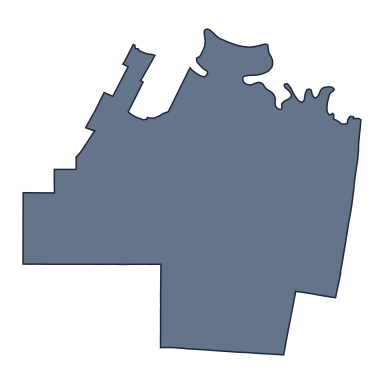 outline of Albesti, Ialomita, Romania
{"feature_id": "2599482B37276216351918", "entity_name": "Albesti", "entity_type": "district", "adm_level": 2, "iso_a3": "ROU", "parent_name": "Romania", "parent_adm1": "Ialomita", "projection": "natural_earth1", "projection_center": [27.12, 44.529], "detail": "fine", "context": "isolated", "style": "filled", "palette": "slate", "viewbox_px": 384, "rotation_deg": 0, "n_neighbors": 0, "source": "geoboundaries", "source_scale": "gbopen_adm2", "svg_char_len": 5426}
<svg xmlns="http://www.w3.org/2000/svg" viewBox="0 0 384 384"><path d="M335.5,297.7L337.5,288.1L338.1,285.5L340.7,273.3L340.2,273.2L341.0,269.3L341.9,264.1L343.2,256.7L347.3,231.4L348.6,223.2L349.3,219.3L350.4,213.3L351.4,207.3L351.9,204.3L352.7,197.6L353.4,192.6L354.0,187.6L353.8,187.5L354.5,181.4L355.3,175.3L356.4,167.9L357.5,160.6L358.5,150.5L358.5,147.1L358.6,143.3L360.0,129.9L360.3,127.0L360.5,124.5L360.5,123.6L360.6,122.8L360.7,121.8L361.0,119.9L360.6,119.6L360.1,119.4L359.2,118.8L358.2,118.4L357.3,118.4L356.2,118.6L355.0,118.3L354.4,118.3L353.5,118.8L353.3,116.7L352.4,116.7L351.7,116.6L351.2,116.5L350.8,116.4L350.5,116.3L350.4,116.4L349.9,116.6L349.3,117.1L349.1,117.7L348.9,118.3L348.1,119.3L347.8,119.8L347.7,120.4L347.7,121.2L347.7,122.0L347.4,122.6L347.2,123.0L346.5,123.5L345.4,124.0L344.2,124.2L341.9,124.0L341.0,123.7L340.1,123.0L339.3,122.2L339.1,121.9L338.5,121.6L338.0,121.3L336.4,120.2L335.5,120.0L334.7,119.6L333.6,118.6L333.8,114.7L333.7,114.3L332.4,113.4L332.2,113.7L330.8,114.7L329.2,114.6L327.9,113.4L327.2,111.9L326.9,109.2L327.0,106.5L327.3,103.3L327.9,100.4L329.5,94.5L330.6,92.8L332.8,91.2L333.8,90.2L334.2,89.6L333.8,88.7L332.7,87.7L331.3,87.1L330.2,86.9L329.1,86.8L327.8,86.9L326.0,87.2L324.8,87.3L323.7,87.6L322.6,88.2L321.5,89.2L320.7,90.2L320.2,91.2L318.8,94.7L318.2,95.7L317.5,96.6L316.6,97.4L315.2,97.9L313.8,97.1L313.0,96.1L312.5,94.9L311.8,93.0L311.5,91.2L311.2,90.2L310.7,89.6L310.0,89.3L308.8,89.2L307.6,89.4L306.8,89.9L306.5,90.7L305.8,92.2L305.1,94.2L304.7,97.0L304.6,98.0L304.4,99.1L304.1,100.3L303.5,101.0L303.0,101.6L302.3,102.0L301.6,102.1L300.7,102.0L299.2,101.2L298.2,100.3L297.3,99.3L295.1,96.2L294.1,94.6L293.3,93.1L291.6,89.7L290.7,87.9L289.8,86.8L288.7,85.2L287.5,83.9L286.5,83.7L285.0,84.0L284.2,84.8L284.3,85.9L284.8,87.0L285.6,88.0L287.0,89.1L289.1,91.1L290.7,93.1L291.4,94.4L291.4,95.7L291.0,96.7L289.9,98.2L289.3,98.6L287.2,99.7L285.7,100.4L284.5,101.1L282.3,103.0L281.7,104.2L281.8,108.1L281.6,109.0L280.9,109.5L279.9,109.4L278.0,109.0L277.0,108.0L275.9,106.7L275.4,105.6L275.1,103.9L275.1,101.7L275.4,100.3L275.3,98.9L275.0,97.8L274.6,96.3L274.1,95.2L273.0,93.7L272.1,92.7L270.8,91.7L269.3,90.9L266.1,88.7L265.4,87.7L264.2,86.3L263.6,85.1L262.8,84.1L261.9,83.4L260.7,82.8L258.4,82.4L254.5,83.5L252.1,84.6L250.4,84.9L248.9,84.9L247.2,84.5L246.0,84.0L244.8,83.1L243.4,81.6L243.0,80.5L242.8,79.1L242.8,77.9L243.2,77.0L244.0,76.4L244.9,76.0L248.2,75.5L252.4,75.2L254.3,75.2L256.7,75.0L258.7,74.7L262.9,73.7L264.7,72.8L267.3,71.7L268.5,70.9L270.3,69.0L270.7,68.3L271.4,67.7L271.8,67.1L272.0,66.5L272.3,65.7L272.6,64.6L272.5,63.7L272.6,62.7L272.6,61.8L272.5,60.4L271.9,58.6L270.7,56.0L269.7,54.4L269.0,52.8L268.2,48.8L267.9,45.7L267.8,45.0L267.2,44.5L266.3,44.3L265.4,44.2L263.7,44.4L261.7,44.9L259.7,45.5L254.4,46.6L252.7,46.8L250.8,47.1L249.0,47.2L245.1,46.8L241.7,46.3L237.5,45.4L234.4,44.4L233.1,43.9L230.1,42.9L228.7,42.4L224.6,40.6L222.2,39.5L220.4,38.9L219.2,38.2L217.0,36.7L214.0,33.7L212.6,32.4L211.1,31.1L209.4,29.8L207.7,29.1L206.6,29.2L205.6,29.6L204.8,30.1L204.4,31.0L204.2,32.4L204.4,35.0L205.3,41.3L205.0,43.0L204.9,44.6L204.6,46.6L204.0,48.0L203.3,49.5L201.6,53.2L200.6,55.3L199.7,56.3L198.7,57.2L197.7,57.5L196.7,58.1L196.5,58.9L196.6,60.0L197.0,61.4L197.4,62.2L198.0,63.1L199.1,64.4L199.8,65.2L201.5,67.0L202.9,68.4L204.2,69.4L205.8,70.2L206.6,70.8L207.3,71.6L207.5,72.2L207.6,73.3L207.1,74.2L206.5,75.0L205.8,76.0L204.6,76.7L203.3,76.7L201.0,76.0L197.3,74.1L195.5,72.8L191.9,70.0L190.0,67.8L189.4,69.0L188.6,70.6L185.7,76.4L173.3,101.7L169.1,110.1L168.4,111.7L162.9,113.6L159.5,115.9L155.2,117.6L153.5,118.1L151.2,118.2L147.5,117.5L146.9,119.3L146.3,119.1L143.8,119.9L137.3,117.7L134.7,116.4L133.6,115.8L129.6,113.2L128.2,111.8L138.7,90.9L143.1,82.0L140.6,80.7L149.0,66.2L154.9,55.3L151.3,54.4L149.0,54.2L144.4,53.0L141.5,51.7L140.2,51.2L139.0,50.4L138.2,49.1L138.2,48.9L136.5,48.8L136.1,48.5L135.3,48.3L135.2,47.6L135.0,46.7L134.9,46.0L134.9,45.2L134.6,45.2L133.6,44.7L133.2,44.6L133.0,45.2L132.6,45.9L132.1,46.8L131.2,48.7L130.8,49.3L128.2,54.5L126.0,58.7L123.4,63.5L122.8,64.1L123.0,64.2L128.2,66.6L128.0,66.9L116.9,88.4L112.8,96.3L104.1,92.6L96.8,107.3L95.1,110.8L85.6,127.7L90.3,129.5L94.6,130.9L87.6,141.6L80.6,152.2L76.0,157.3L76.3,157.7L76.1,169.4L54.4,169.4L54.3,173.0L54.3,181.5L54.5,192.9L44.6,192.9L23.2,192.7L23.1,223.4L23.1,229.9L23.0,264.0L27.1,264.1L32.2,264.1L39.4,264.1L45.5,264.2L49.8,264.2L51.7,264.2L54.7,264.2L61.7,264.2L74.7,264.2L82.8,264.2L91.0,264.2L101.0,264.3L111.1,264.2L116.7,264.3L122.5,264.4L132.5,264.3L143.8,264.2L151.5,264.3L160.9,264.3L160.9,269.8L160.8,277.1L160.7,284.3L160.7,287.9L160.6,293.2L160.6,300.9L160.7,305.5L160.6,310.5L160.5,311.9L160.6,313.4L160.6,317.5L160.6,322.2L160.6,324.0L160.6,331.0L160.5,337.9L160.5,339.2L160.5,341.1L160.6,344.0L160.6,346.1L160.6,346.3L160.5,347.6L162.7,347.6L168.1,347.5L174.3,347.6L178.4,348.0L183.8,348.4L187.4,348.8L191.2,349.0L195.1,349.2L201.7,349.6L203.7,349.7L206.8,350.0L207.0,350.0L207.7,350.0L213.9,350.5L217.7,350.8L218.1,350.8L222.7,351.1L224.1,351.2L226.7,351.4L229.0,351.5L231.0,351.7L234.3,351.9L237.1,352.1L241.2,352.3L242.2,352.3L244.1,352.4L245.3,352.4L246.9,352.5L250.7,352.8L258.6,353.4L260.2,353.5L268.5,353.9L275.6,354.3L283.6,354.9L284.3,351.3L286.6,338.7L288.6,328.4L291.9,311.2L294.3,298.8L295.7,291.4L301.5,292.1L307.3,293.0L314.9,294.3L316.8,294.7L323.8,295.9L332.0,297.2L335.5,297.7Z" fill="#64748b" stroke="#1e293b" stroke-width="1.5"/></svg>